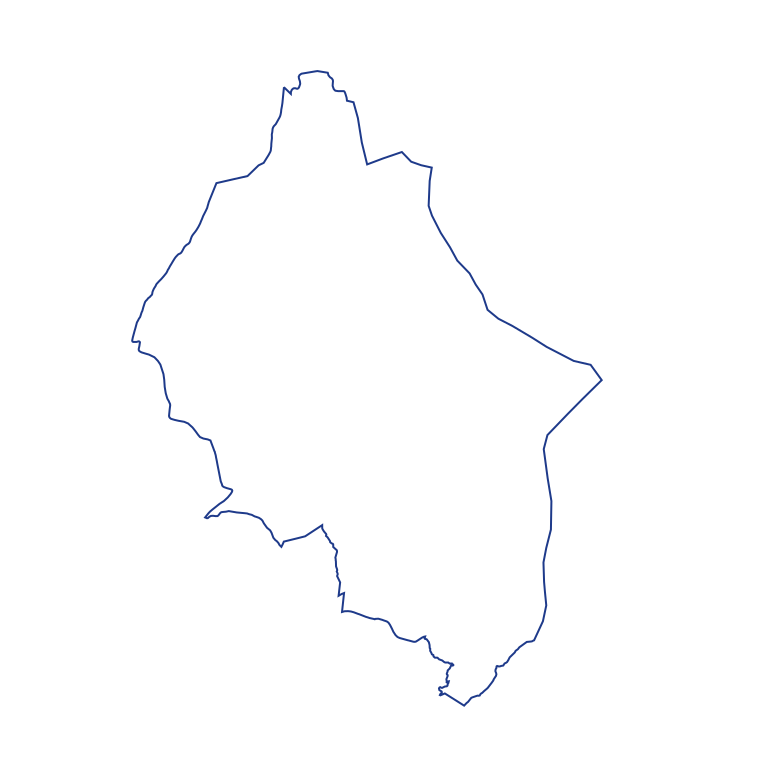 Abuakwa North, Eastern, Ghana, rotated 207°
{"feature_id": "2480657B42374646075926", "entity_name": "Abuakwa North", "entity_type": "district", "adm_level": 2, "iso_a3": "GHA", "parent_name": "Ghana", "parent_adm1": "Eastern", "projection": "equal_earth", "projection_center": [-0.382, 6.235], "detail": "fine", "context": "isolated", "style": "outline", "palette": "blue", "viewbox_px": 768, "rotation_deg": 207, "n_neighbors": 0, "source": "geoboundaries", "source_scale": "gbopen_adm2", "svg_char_len": 6130}
<svg xmlns="http://www.w3.org/2000/svg" viewBox="0 0 768 768"><g transform="rotate(207 384 384)"><path d="M482.8,183.9L481.6,184.0L480.9,184.0L480.1,184.5L479.3,186.5L478.2,188.0L476.4,189.0L473.9,189.9L472.3,190.8L471.8,192.2L471.4,194.5L470.8,195.9L469.2,197.0L466.8,198.5L464.6,200.3L462.0,201.1L456.9,202.7L449.6,205.6L447.2,206.5L444.9,206.8L443.3,207.2L442.3,207.4L439.2,207.3L437.6,207.6L434.7,208.0L432.1,207.7L430.3,207.1L427.8,205.3L423.0,202.8L419.0,201.9L416.7,200.4L412.8,196.8L410.0,195.6L408.2,195.3L405.9,194.4L404.0,193.1L401.5,192.3L401.5,195.2L401.7,198.1L391.5,206.9L385.1,212.5L375.0,230.2L373.6,227.5L372.9,226.8L370.6,225.4L367.5,224.1L367.0,223.6L366.7,222.3L364.7,221.8L360.9,219.6L360.1,218.6L358.2,218.2L357.2,218.4L356.5,218.1L355.2,215.7L354.4,215.5L350.7,214.5L350.0,213.8L349.6,212.9L348.5,207.2L347.5,206.0L347.1,205.1L346.5,204.4L343.9,199.7L341.6,197.5L341.1,196.7L341.0,195.5L339.4,194.2L338.9,193.5L338.6,191.6L333.0,187.3L328.3,174.7L326.5,177.5L324.7,179.6L317.9,161.8L316.0,163.6L314.7,164.3L312.9,165.3L310.2,166.3L307.2,166.9L302.7,167.4L301.6,167.6L294.5,168.3L291.7,168.8L290.7,168.9L286.5,170.0L285.4,170.2L285.2,170.7L284.5,171.1L283.7,171.6L282.5,172.3L278.3,173.1L277.2,173.2L273.7,173.7L271.7,173.4L269.3,172.1L265.7,169.5L263.2,167.5L259.7,165.5L258.7,165.2L257.1,164.7L254.7,164.8L246.3,166.5L245.6,166.7L240.8,167.7L239.4,168.3L238.6,169.0L237.4,171.0L234.9,175.4L233.7,176.9L232.7,177.7L232.3,175.7L231.8,175.5L231.3,175.6L230.9,175.7L230.4,175.9L230.1,175.9L229.0,175.4L226.8,174.3L224.9,172.1L223.4,169.5L222.7,169.2L221.7,167.2L220.1,166.2L218.6,164.9L217.0,164.9L216.1,163.7L214.4,163.3L212.1,164.4L209.9,163.7L206.6,164.1L204.3,163.6L203.0,163.6L200.3,165.0L198.6,164.7L196.6,165.8L196.0,165.4L195.0,165.4L194.6,165.1L194.7,164.7L194.9,164.3L196.4,163.9L196.3,160.4L197.2,157.7L196.8,156.6L196.6,154.5L196.1,153.8L195.1,153.5L194.7,152.5L194.4,149.3L193.2,147.7L192.8,146.7L192.2,146.7L191.7,147.0L191.7,148.2L191.3,148.5L190.9,146.7L191.1,145.9L190.5,144.1L190.8,143.2L192.5,142.0L194.2,139.7L194.9,139.4L196.3,139.4L196.8,138.6L196.8,137.7L195.7,136.4L193.1,136.2L192.6,135.7L192.4,135.2L193.0,133.6L193.0,132.2L192.4,132.2L189.3,135.9L186.0,135.6L166.6,133.8L165.6,137.2L164.8,138.9L163.8,143.8L163.2,144.7L159.3,148.7L158.0,149.3L157.3,149.9L157.3,151.3L157.0,152.2L156.2,153.5L155.5,155.6L154.6,157.8L154.2,158.7L153.6,160.3L152.4,166.8L152.0,169.5L152.2,170.5L151.8,174.1L151.7,174.4L151.8,175.0L152.0,176.2L152.7,177.2L154.2,178.5L154.8,179.7L155.0,180.9L154.9,181.8L155.5,183.5L155.2,184.1L153.3,184.5L152.3,185.2L151.7,185.9L149.9,187.3L149.7,189.7L148.5,191.3L148.1,192.2L147.9,194.4L147.9,197.5L145.6,204.2L145.6,206.0L145.2,206.8L144.3,208.5L143.9,210.8L140.2,218.0L139.7,219.0L136.7,220.9L135.4,221.8L134.1,223.7L133.9,223.8L134.7,244.8L138.9,260.4L146.2,271.8L151.5,280.3L160.9,297.4L165.0,311.6L169.2,330.1L181.7,355.7L195.3,374.2L212.1,398.5L215.2,412.7L206.6,441.0L200.3,460.8L191.8,486.3L208.6,494.9L225.4,490.7L239.1,490.8L255.9,490.9L272.8,492.5L295.9,494.0L311.7,494.1L325.4,497.1L336.9,508.5L347.4,514.2L357.9,521.4L366.0,524.2L374.7,527.2L387.3,535.8L402.0,544.4L417.7,555.8L425.1,563.0L435.5,585.7L439.7,598.5L450.2,595.8L460.7,594.4L473.4,598.8L487.1,584.7L498.7,572.0L513.4,589.1L528.0,609.1L539.1,621.2L545.6,619.6L547.3,622.1L549.4,624.3L550.5,625.4L551.7,626.4L552.3,626.7L552.9,626.6L557.9,624.1L560.3,623.3L560.9,623.3L562.7,624.0L565.1,626.3L565.9,628.1L567.0,630.8L567.7,631.7L568.7,632.3L569.3,632.6L571.3,632.8L573.6,633.8L575.4,635.8L585.4,632.6L587.5,631.1L598.3,623.1L598.6,622.7L599.5,620.9L599.5,619.1L598.4,617.5L596.4,615.6L595.8,614.7L595.2,613.9L594.8,612.9L594.4,609.6L594.7,608.4L595.4,607.6L597.5,607.2L598.9,606.3L599.6,604.7L599.7,603.8L599.5,601.9L598.7,600.2L607.2,602.8L607.6,602.3L602.1,588.3L601.0,585.0L600.1,581.9L599.2,579.6L598.6,577.6L598.2,575.8L598.1,574.1L598.4,566.4L598.7,565.4L599.2,563.7L599.3,562.4L599.1,560.8L597.9,557.7L597.6,556.6L597.3,555.5L595.5,552.2L593.5,547.0L592.2,544.2L592.0,543.5L590.9,540.7L590.7,539.2L590.8,535.5L591.6,526.4L595.0,521.9L600.0,507.3L610.5,498.6L624.5,486.9L622.7,466.4L622.4,465.1L622.0,462.9L621.5,460.6L621.4,457.4L621.4,454.6L621.4,451.5L621.1,448.6L620.9,445.5L620.7,443.6L620.7,441.7L620.7,440.0L620.8,438.4L621.0,436.0L621.3,434.0L621.9,431.1L622.2,429.2L622.2,427.5L621.9,425.2L621.5,422.9L621.5,421.9L621.8,420.5L622.2,419.7L623.1,418.3L623.6,416.9L624.0,415.6L624.1,414.0L624.1,411.3L624.3,409.0L624.9,407.7L625.7,406.8L626.3,405.8L626.7,404.4L627.2,402.7L627.5,400.9L627.8,397.3L628.0,394.1L628.2,391.6L628.2,389.3L628.4,387.6L628.3,386.3L628.3,384.9L628.4,383.7L628.5,383.3L629.2,380.0L630.1,376.4L631.1,373.3L631.7,371.1L632.0,370.1L632.1,369.1L632.0,367.7L632.3,364.5L632.2,362.1L632.0,360.7L631.6,359.5L631.4,358.9L631.4,357.7L631.8,356.8L632.1,355.4L633.1,353.3L633.4,351.5L633.9,350.0L634.1,348.9L634.0,347.6L633.3,343.2L632.5,339.4L632.5,338.0L632.3,336.5L632.0,334.9L631.7,332.9L632.0,331.0L632.0,328.7L632.1,326.7L630.8,320.6L630.3,317.9L628.9,311.3L628.1,308.4L627.5,307.7L626.6,307.6L623.6,309.1L622.2,310.5L621.4,310.8L620.5,310.5L620.3,310.2L620.2,309.8L619.2,306.8L618.4,303.7L617.8,302.8L616.8,302.2L614.5,302.1L610.4,302.8L606.8,303.5L600.7,303.6L598.4,302.8L595.9,301.9L592.1,299.8L590.3,298.0L588.7,296.4L585.0,292.7L581.8,288.1L578.1,281.9L575.4,278.2L574.2,276.6L570.4,272.6L567.8,270.9L567.4,270.5L566.5,269.8L565.5,269.0L564.8,267.9L564.2,266.2L563.3,263.7L562.4,261.4L561.6,259.3L561.3,258.7L561.1,258.0L560.3,257.1L559.4,256.6L557.9,256.3L554.1,257.0L550.5,257.9L544.9,259.6L540.4,259.9L539.6,259.6L535.0,258.4L533.4,257.7L530.2,256.2L526.7,254.4L523.9,253.2L520.2,253.4L515.9,254.6L513.0,254.9L510.4,252.5L509.7,251.9L509.2,251.4L507.2,249.6L505.1,247.6L504.4,247.0L504.1,246.9L503.4,246.0L501.6,244.1L500.2,242.2L499.3,241.1L498.1,239.6L496.2,237.1L485.3,223.2L482.8,221.0L482.0,220.0L480.9,219.6L479.7,219.5L476.6,219.9L472.6,220.7L471.5,220.7L470.7,220.0L470.5,218.7L470.7,216.5L471.7,212.0L473.5,207.1L476.1,202.6L478.3,197.7L479.9,194.2L481.1,191.3L481.7,189.2L482.8,183.9Z" fill="none" stroke="#1e3a8a" stroke-width="2"/></g></svg>